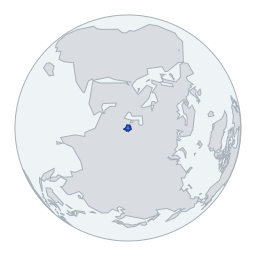 globe centered on Tashauz, rotated 114°
{"feature_id": "TKM-353", "entity_name": "Tashauz", "entity_type": "Province", "adm_level": 1, "iso_a3": "TKM", "parent_name": "Turkmenistan", "parent_adm1": "", "projection": "orthographic", "projection_center": [58.681, 41.132], "detail": "medium", "context": "on_globe", "style": "filled", "palette": "blue", "viewbox_px": 256, "rotation_deg": 114, "n_neighbors": 0, "source": "natural_earth", "source_scale": "10m", "svg_char_len": 11312}
<svg xmlns="http://www.w3.org/2000/svg" viewBox="0 0 256 256"><g transform="rotate(114 128 128)"><circle cx="128" cy="128" r="113" fill="#eef3f6" stroke="#a8b0b8"/><path d="M129.9,15.4L130.0,15.4L133.4,15.5L135.6,15.7L141.1,17.8L151.9,21.4L157.2,22.4L154.5,22.5L166.0,24.6L173.1,27.7L163.8,24.4L162.0,24.3L166.2,26.3L165.1,26.7L166.5,27.9L164.9,28.3L159.6,26.6L158.5,26.9L161.5,28.3L161.8,29.8L157.5,27.6L157.6,30.0L148.8,28.3L138.6,23.1L132.5,23.5L118.7,21.9L118.7,22.7L113.4,23.0L111.5,24.2L109.5,23.9L109.7,25.2L111.9,25.3L112.7,26.0L111.8,26.8L109.0,26.4L109.1,25.9L107.8,26.2L106.9,25.7L106.8,26.4L103.6,26.0L105.3,27.7L101.6,28.4L99.9,27.7L101.9,26.2L103.1,21.8L102.0,21.2L98.3,21.6L87.5,25.5L85.4,25.7L81.3,27.1L81.5,27.5L84.8,26.7L84.2,28.2L88.4,27.3L88.7,27.9L92.2,27.8L89.6,29.6L85.2,31.5L82.2,31.8L80.2,32.8L81.4,34.2L74.2,36.6L66.7,41.7L65.0,42.3L64.8,40.0L69.0,35.5L68.8,33.7L66.8,36.9L62.8,38.7L61.2,39.9L60.2,41.1L61.0,41.3L59.1,42.5L60.3,39.5L62.0,38.4L61.6,39.2L63.6,37.3L64.4,35.8L62.3,37.0L65.7,34.2L64.2,35.2L66.1,33.9L66.3,33.8L66.1,33.9L73.3,29.5L80.8,25.7L88.6,22.5L96.6,19.8L104.8,17.8L113.1,16.3L121.5,15.5L129.9,15.4ZM133.3,15.5L133.6,15.5L136.7,15.8L133.6,15.5L131.3,15.4L133.3,15.5ZM141.7,16.7L140.0,16.6L139.8,16.2L140.9,16.4L141.7,16.7ZM161.3,23.2L158.9,22.3L161.6,23.1L161.3,23.2ZM167.0,28.1L168.0,28.3L168.3,28.9L167.0,28.1ZM93.4,26.8L92.8,27.3L92.4,27.0L93.4,26.8ZM95.4,26.4L95.4,25.8L96.4,25.5L96.4,25.9L95.4,26.4ZM166.2,30.0L166.3,31.0L165.2,29.7L166.2,30.0ZM95.1,27.3L98.1,25.1L99.9,24.7L101.2,25.8L95.1,27.3ZM165.9,31.4L166.4,34.2L168.7,34.8L162.5,35.0L164.1,32.4L162.4,30.6L164.5,31.5L165.9,31.4ZM113.0,25.1L110.6,24.9L113.5,24.3L113.0,25.1ZM114.6,24.5L122.3,22.2L125.3,23.0L122.1,23.5L126.8,24.1L124.5,25.6L121.5,25.6L119.9,24.8L120.2,26.0L114.6,24.5ZM159.1,34.8L158.4,35.3L158.1,34.4L159.1,34.8ZM113.2,26.3L114.5,25.6L117.3,26.2L115.2,27.6L115.0,27.0L113.2,26.3ZM129.1,23.6L130.8,24.4L129.4,25.8L129.9,26.3L124.8,25.7L129.1,23.6ZM113.9,27.2L114.1,28.3L112.0,28.8L112.2,26.9L113.9,27.2ZM118.8,25.9L120.0,26.2L118.7,26.4L118.8,25.9ZM104.5,31.5L105.9,30.6L107.5,30.8L104.5,31.5ZM114.3,28.7L115.1,28.5L115.9,28.5L115.6,29.4L114.3,28.7ZM124.2,26.8L123.2,27.3L126.2,27.1L125.3,28.3L122.0,27.7L123.0,28.5L122.8,28.8L120.4,28.0L124.2,26.8ZM117.6,30.3L113.1,30.2L110.1,31.8L108.6,31.6L113.8,29.1L117.6,30.3ZM119.4,29.0L118.0,29.7L116.9,29.1L117.2,28.1L119.4,29.0ZM125.8,29.3L128.1,27.7L128.7,27.9L125.8,29.3ZM116.9,30.9L118.0,30.9L116.8,31.1L116.9,30.9ZM123.3,29.9L124.0,29.3L124.8,29.5L123.3,29.9ZM119.6,31.6L118.2,31.5L118.4,30.8L119.6,31.6ZM121.5,30.9L122.3,31.4L119.3,30.6L121.7,30.6L121.5,30.9ZM123.9,30.2L124.5,30.2L123.5,30.5L123.9,30.2ZM119.7,34.3L115.9,33.5L116.3,31.9L120.0,32.9L119.7,34.3ZM22.7,142.6L22.2,123.4L24.7,120.1L26.7,113.4L45.4,104.2L47.6,108.6L60.2,115.0L61.5,117.0L58.1,121.8L66.0,134.6L70.9,131.6L80.0,139.7L87.3,142.0L93.4,132.3L81.4,128.3L81.3,122.3L92.4,121.0L103.2,124.7L103.5,122.6L98.3,116.1L102.4,113.1L96.7,113.6L97.8,116.3L94.2,116.8L93.0,114.4L94.5,113.3L91.7,111.4L85.3,117.4L85.7,120.7L77.4,118.9L77.3,124.4L74.5,125.8L73.6,117.0L74.9,114.4L71.9,103.5L69.7,105.9L72.4,116.5L70.8,115.0L67.9,118.8L68.9,114.7L66.5,102.9L60.1,100.7L49.1,106.3L46.0,104.4L44.7,99.7L51.6,90.3L57.8,95.6L60.3,92.8L61.6,86.3L63.4,88.6L64.6,86.7L67.2,88.5L73.3,86.3L76.3,87.8L81.0,82.5L83.2,82.7L79.8,85.6L79.0,88.6L86.7,92.5L88.9,91.9L91.4,88.3L93.2,90.0L94.6,86.1L100.2,86.7L94.6,82.8L97.3,78.9L102.0,77.1L101.9,75.2L94.3,78.2L92.2,80.1L92.0,82.8L85.3,87.9L82.1,87.6L85.3,79.9L81.1,78.8L85.3,73.7L103.3,68.1L109.6,68.3L114.9,76.7L112.1,78.8L108.8,76.6L109.7,82.2L110.6,80.0L112.2,81.5L115.2,78.6L116.4,79.5L117.2,75.1L119.0,76.0L118.5,78.8L124.5,75.5L128.9,76.6L129.7,75.4L129.3,73.9L135.2,76.5L135.5,75.6L133.7,74.3L133.1,71.6L134.4,68.0L136.4,69.2L136.2,70.6L138.7,75.5L137.9,79.3L138.8,79.5L140.0,76.4L136.9,70.4L137.2,68.0L139.0,70.5L138.4,69.4L139.1,68.5L141.7,68.8L139.8,66.0L145.2,56.1L150.7,56.0L151.8,59.2L157.6,54.4L163.4,55.2L161.7,53.9L163.3,51.2L161.6,50.8L160.9,50.1L164.3,43.5L166.7,43.0L166.2,39.4L165.4,38.8L163.6,38.9L162.5,35.0L168.7,34.8L170.4,36.1L173.1,35.4L176.5,38.5L180.5,40.9L182.7,45.1L185.7,46.9L186.4,46.4L191.1,48.7L198.2,55.5L189.2,51.9L178.0,43.4L182.3,46.9L180.4,46.8L181.3,48.5L184.5,51.1L185.4,51.0L185.6,59.6L191.2,68.8L193.1,65.8L196.4,66.7L204.5,75.9L208.8,94.3L213.2,96.7L214.8,99.6L214.1,103.2L211.6,99.1L209.0,99.3L207.7,96.6L205.7,101.5L203.8,97.8L203.1,103.6L205.6,105.6L208.1,102.5L208.4,109.4L213.6,111.8L216.4,117.5L215.3,132.1L210.8,139.4L211.0,141.5L208.0,141.0L205.8,146.7L212.7,154.0L213.1,157.0L208.8,165.8L208.3,163.7L200.5,162.4L200.3,170.0L206.3,172.6L208.4,178.0L204.3,178.3L202.0,173.7L199.2,173.0L199.1,166.7L195.1,158.8L190.9,162.5L190.4,158.7L184.2,152.6L177.7,157.6L168.0,171.0L168.0,180.7L164.1,185.7L155.8,173.5L153.3,164.1L149.5,165.5L141.6,157.9L125.7,157.9L124.2,155.2L121.0,156.3L115.6,153.3L113.5,148.7L109.9,148.7L115.7,160.7L119.6,160.7L123.9,156.6L124.7,160.7L130.0,164.3L121.6,173.5L99.2,179.2L98.2,171.7L87.5,147.8L88.5,145.5L88.5,145.2L88.4,144.7L86.2,148.2L84.8,143.4L89.2,160.0L89.4,166.4L98.9,179.6L97.7,180.5L101.1,183.3L113.5,182.2L113.3,184.5L106.7,194.3L90.6,204.5L93.4,213.0L93.5,219.0L85.1,220.5L87.5,224.8L83.3,224.8L84.2,226.7L81.8,227.5L77.2,227.0L67.7,222.4L65.8,220.5L59.0,214.5L49.0,200.7L50.0,196.9L48.6,192.0L41.9,177.4L43.3,172.1L41.8,168.2L38.5,166.4L37.0,161.7L35.2,159.9L24.9,150.8L22.7,142.6ZM36.9,112.1L35.9,113.9L36.9,112.1ZM113.3,134.2L120.6,135.5L119.4,128.2L122.1,128.2L120.8,125.8L119.3,127.7L116.3,121.2L120.2,119.6L120.4,116.5L118.0,116.0L111.3,120.0L115.6,129.1L113.0,131.7L113.3,134.2ZM62.7,38.9L62.6,39.1L61.3,40.5L61.3,40.1L62.7,38.9ZM59.1,45.7L56.2,47.5L58.2,45.8L57.7,45.4L61.4,41.7L64.4,42.4L62.4,42.6L59.1,45.7ZM67.1,37.2L64.5,39.3L67.3,37.0L67.1,37.2ZM69.1,75.4L69.1,77.5L66.9,79.1L63.1,78.0L66.3,75.6L69.1,75.4ZM69.7,80.1L73.9,73.2L76.4,73.8L74.3,74.6L75.5,75.7L72.5,77.3L70.8,84.9L68.8,86.9L62.9,83.3L65.9,83.3L65.7,81.2L69.7,80.1ZM80.0,56.8L81.8,54.5L84.9,58.8L82.9,60.5L79.0,59.3L79.1,56.6L80.0,56.8ZM96.9,29.9L97.4,29.2L98.1,29.3L98.3,29.9L96.9,29.9ZM105.0,31.0L95.5,33.4L95.6,32.6L89.9,35.2L87.9,34.2L91.6,32.5L85.9,33.9L88.5,32.0L84.5,33.2L93.1,29.5L95.2,28.0L93.6,30.0L95.3,30.8L96.7,30.8L102.2,29.6L107.6,27.2L110.2,27.9L110.7,29.0L109.8,29.7L108.3,29.0L108.2,30.4L105.4,29.9L105.0,31.0ZM114.0,45.5L112.7,43.8L111.9,47.8L109.2,46.9L109.2,47.4L106.5,47.7L103.3,49.0L102.3,48.3L101.5,49.2L99.6,49.5L98.2,50.5L95.9,49.6L94.0,50.8L94.0,49.7L91.2,52.0L92.3,50.0L90.0,50.3L90.2,52.1L81.7,46.3L77.3,45.8L73.1,46.7L75.5,43.4L81.1,40.6L87.7,38.7L91.6,39.8L92.0,38.2L93.9,38.3L92.8,39.5L95.7,37.8L97.1,38.2L103.0,37.4L106.4,34.9L108.6,34.6L107.9,35.8L110.7,34.7L110.9,36.9L112.5,36.8L114.3,39.0L112.1,41.6L114.1,41.3L115.6,43.1L114.0,45.5ZM120.1,34.9L118.1,38.0L115.6,39.0L113.4,34.8L111.9,34.6L110.4,32.2L114.1,30.8L114.2,31.6L115.1,32.0L113.6,32.3L115.5,32.4L115.7,33.6L117.2,34.0L116.1,34.9L120.1,34.9ZM64.1,116.0L65.3,117.0L67.5,118.0L65.7,120.5L64.1,116.0ZM62.3,108.0L63.6,108.3L62.1,112.1L60.9,111.1L62.3,108.0ZM65.6,105.5L63.8,108.1L64.0,106.1L65.6,105.5ZM81.1,85.8L82.6,86.1L82.2,87.1L80.8,88.0L81.1,85.8ZM110.9,58.0L110.6,56.7L111.4,56.4L112.9,53.4L115.1,54.0L115.0,56.0L110.9,58.0ZM90.6,133.5L87.8,134.8L87.0,133.5L88.1,133.3L90.6,133.5ZM75.6,127.8L78.4,130.5L75.0,128.4L75.6,127.8ZM113.5,58.2L113.9,56.8L114.8,58.0L113.5,58.2ZM116.7,54.3L117.9,55.4L115.5,53.7L116.7,54.3ZM112.5,221.0L107.5,229.6L102.2,228.8L100.2,226.1L101.4,220.7L107.2,219.8L109.8,217.2L112.5,221.0ZM224.5,178.3L226.0,176.8L225.9,177.3L224.5,178.3ZM222.9,178.9L224.9,177.0L222.4,180.0L222.9,178.9ZM225.6,176.2L227.6,173.4L228.4,171.8L228.2,172.8L225.6,176.2ZM221.5,180.2L213.0,187.1L209.4,188.6L210.4,186.6L216.3,182.8L221.5,180.2ZM210.1,186.8L204.3,186.5L194.9,179.1L198.3,177.7L207.9,180.1L207.3,181.7L210.8,182.6L210.1,186.8ZM223.4,169.6L222.7,173.7L218.2,177.3L216.1,178.4L214.6,174.7L215.5,171.6L217.3,170.4L223.3,156.3L225.6,156.3L224.0,161.7L225.8,163.4L223.4,169.6ZM168.6,181.5L171.7,186.2L169.4,187.7L168.6,181.5ZM224.9,147.8L223.0,154.0L224.4,146.7L224.9,147.8ZM225.2,141.6L225.7,143.4L224.4,142.5L225.2,141.6ZM211.7,144.4L209.8,146.3L209.3,144.8L211.5,141.6L211.7,144.4ZM218.6,122.4L220.1,126.7L220.3,128.4L218.7,126.6L218.6,122.4ZM132.4,63.0L127.9,66.4L126.1,69.5L127.3,72.4L123.6,70.0L126.5,65.1L132.4,63.0ZM143.4,56.8L142.3,54.6L144.0,54.7L144.5,55.3L143.4,56.8ZM141.8,56.0L138.2,54.8L138.4,53.1L141.2,54.4L141.8,56.0ZM125.7,56.2L124.2,57.1L123.6,56.1L125.7,56.2ZM208.2,207.1L210.5,203.8L211.3,203.2L213.3,199.6L221.8,189.1L228.5,176.9L230.9,173.3L234.1,164.8L235.8,160.7L234.3,165.3L231.2,173.0L227.7,180.5L223.5,187.7L218.9,194.5L213.8,201.0L208.2,207.1ZM228.3,174.2L230.8,168.8L231.8,167.1L228.3,174.2ZM238.2,151.4L237.4,154.5L238.0,151.6L238.2,149.7L236.2,154.1L235.8,153.4L236.7,150.4L235.0,152.5L236.9,148.0L237.5,149.9L238.4,145.0L239.5,141.7L240.1,139.0L240.1,138.9L238.2,151.4ZM236.4,155.6L236.7,154.9L236.3,156.6L236.4,155.6ZM232.5,160.0L232.4,161.1L231.8,161.2L232.5,160.0ZM233.3,158.2L235.0,156.4L233.1,159.3L233.3,158.2ZM227.0,163.0L227.7,164.6L229.8,160.6L228.2,164.6L229.3,166.7L228.7,168.7L227.6,166.3L226.8,171.1L225.8,172.1L225.5,169.1L226.7,163.5L227.6,160.6L231.3,155.4L227.0,163.0ZM233.4,155.4L232.9,153.4L233.3,151.0L233.8,151.7L233.4,155.4ZM231.0,148.9L229.1,147.5L227.8,150.5L230.0,142.5L231.5,145.1L231.0,148.9ZM228.7,143.3L227.5,146.0L228.5,141.7L228.7,143.3ZM227.0,145.3L226.4,143.2L227.5,142.3L227.0,145.3ZM229.4,142.6L228.9,138.4L229.8,140.0L229.4,142.6ZM224.7,138.5L228.0,139.7L224.5,141.5L222.3,134.0L223.7,132.4L224.7,138.5ZM219.3,99.0L217.8,97.2L218.4,95.3L219.3,97.0L219.3,99.0ZM219.1,88.1L218.1,94.2L217.1,99.4L218.3,99.4L219.8,103.9L216.9,101.9L216.2,95.5L217.3,92.3L215.7,88.8L215.3,84.9L212.6,81.4L211.8,79.0L214.7,81.2L219.1,88.1ZM211.3,80.1L206.3,73.5L208.4,71.8L209.9,72.8L211.3,76.5L210.2,77.2L211.3,80.1ZM205.7,71.5L204.6,72.1L194.8,65.4L193.3,63.6L201.8,67.4L201.1,68.3L203.1,70.4L205.7,71.5ZM159.6,35.7L158.5,35.3L159.6,35.2L159.6,35.7ZM159.9,50.0L159.1,48.9L160.4,48.7L159.9,50.0ZM157.7,45.9L156.8,46.8L157.0,45.3L157.7,45.9ZM154.8,49.2L156.0,47.0L156.1,49.8L154.8,49.2Z" fill="#d9dde1" stroke="#a8b0b8" stroke-width="1"/><path d="M127.9,124.7L128.3,125.2L128.5,125.3L128.6,125.2L128.7,125.3L128.8,125.4L128.8,125.6L129.0,125.7L129.5,125.7L129.9,125.8L130.0,125.9L129.9,126.0L129.9,126.3L130.1,126.4L130.2,126.6L130.3,126.6L130.2,126.7L130.0,126.8L130.2,127.1L130.0,127.4L130.1,127.5L130.4,127.6L130.6,127.8L130.9,127.7L131.2,127.7L131.3,127.7L131.4,127.8L131.4,128.1L130.3,128.2L130.4,129.5L130.7,129.6L130.8,131.2L130.5,131.2L130.4,131.0L130.4,130.9L130.3,131.0L130.2,131.0L130.0,130.9L130.0,130.2L128.8,130.2L128.6,130.2L127.7,129.8L127.3,129.9L127.0,130.0L126.8,130.0L126.2,130.0L125.9,130.1L125.7,130.1L125.7,129.9L125.7,129.6L125.6,129.4L125.5,129.1L125.4,128.9L125.2,128.4L125.1,128.2L124.9,128.0L124.8,127.8L124.8,127.6L125.2,127.7L125.5,127.7L125.8,127.5L125.6,127.5L125.6,127.3L125.5,127.1L125.5,126.8L125.5,126.6L125.7,126.4L125.8,126.1L126.0,126.0L126.5,126.0L126.6,125.9L126.8,125.9L126.9,125.6L126.9,125.4L127.0,125.3L127.3,125.4L127.5,125.4L127.6,125.5L127.5,125.3L127.2,125.1L127.4,124.9L127.7,125.0L127.8,125.0L127.8,124.8L127.9,124.7Z" fill="#3b82f6" stroke="#1e3a8a" stroke-width="1.5"/></g></svg>